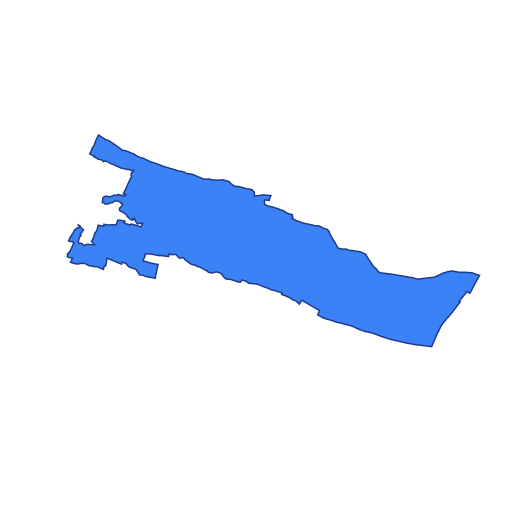 outline of Bogdanita, Vaslui, Romania, rotated 304°
{"feature_id": "2599482B30412636472664", "entity_name": "Bogdanita", "entity_type": "district", "adm_level": 2, "iso_a3": "ROU", "parent_name": "Romania", "parent_adm1": "Vaslui", "projection": "equal_earth", "projection_center": [27.663, 46.443], "detail": "fine", "context": "isolated", "style": "filled", "palette": "blue", "viewbox_px": 512, "rotation_deg": 304, "n_neighbors": 0, "source": "geoboundaries", "source_scale": "gbopen_adm2", "svg_char_len": 6089}
<svg xmlns="http://www.w3.org/2000/svg" viewBox="0 0 512 512"><g transform="rotate(304 256 256)"><path d="M344.8,454.2L356.2,452.9L365.0,452.1L364.7,451.5L362.8,444.3L359.4,438.4L356.1,433.6L353.3,426.9L352.2,425.9L350.2,423.7L348.2,422.2L347.4,421.3L338.4,415.9L327.3,403.1L326.1,399.8L325.7,398.1L323.3,393.2L323.1,392.3L322.0,390.3L317.3,379.7L311.8,368.9L311.6,367.9L311.4,366.8L311.6,365.7L312.8,362.1L312.8,360.3L313.2,358.9L316.2,351.2L318.9,345.6L318.4,344.2L318.3,342.4L317.9,340.5L316.2,336.7L315.7,335.9L314.5,332.9L312.7,330.0L312.5,329.4L312.6,328.9L312.3,327.2L310.1,323.8L309.2,321.6L308.4,320.2L309.5,317.3L311.1,314.5L313.1,309.9L314.2,307.9L315.4,305.3L317.4,302.5L317.8,300.0L316.7,296.7L316.6,294.2L316.2,291.7L315.7,290.4L314.7,289.2L313.1,285.5L313.2,285.2L312.3,283.8L311.8,281.5L311.2,280.6L309.6,276.4L307.9,269.4L307.6,266.5L307.0,265.0L308.9,264.8L309.2,263.9L309.9,263.7L310.5,262.8L309.2,258.9L308.6,255.5L309.1,254.7L309.0,254.1L307.8,249.7L307.4,247.0L306.6,245.1L306.2,243.1L305.2,240.7L304.1,237.3L303.5,234.7L305.6,232.5L307.5,232.0L309.5,235.9L310.2,235.5L312.6,234.8L314.5,234.6L314.0,233.5L313.0,232.2L310.8,227.8L308.2,225.2L305.0,221.3L305.4,220.7L307.9,219.0L308.1,218.6L308.2,217.1L308.8,215.8L307.5,212.4L306.4,210.8L305.9,208.6L303.7,202.3L302.9,201.2L301.8,198.8L302.0,196.3L301.9,195.2L302.5,192.9L302.7,191.8L302.6,191.5L301.6,189.0L300.8,186.2L296.8,180.9L294.6,177.0L294.1,175.1L293.6,174.0L293.0,173.4L290.5,169.5L288.1,157.5L286.6,154.2L285.7,152.9L285.5,151.7L285.5,149.8L285.0,148.5L284.8,147.4L283.2,144.6L282.6,142.2L278.7,129.7L277.1,122.8L274.9,114.7L274.3,110.3L273.7,106.8L273.0,105.4L272.7,104.1L272.4,102.4L272.3,97.3L271.6,95.1L271.1,92.1L270.3,89.0L268.9,85.9L269.2,83.4L269.4,71.5L269.3,69.4L268.5,66.5L268.3,63.4L268.3,58.7L268.2,57.8L263.2,58.4L257.4,59.9L253.7,59.9L252.6,60.3L247.6,61.1L248.4,66.6L247.7,66.5L248.2,69.4L247.9,70.4L248.1,71.4L249.0,73.2L249.2,74.2L249.3,75.2L248.9,76.2L249.3,77.1L250.3,77.8L251.0,79.3L251.4,83.8L251.6,85.0L252.3,86.9L252.4,89.8L252.8,90.8L253.0,92.7L253.6,95.6L254.3,96.8L255.7,100.8L256.8,102.6L257.2,105.1L258.5,106.6L258.4,107.0L256.5,106.8L255.6,106.5L254.9,106.4L253.6,106.9L253.2,107.2L252.9,108.0L251.8,108.6L250.9,108.5L243.6,109.6L237.7,110.7L235.2,110.9L233.3,111.3L234.1,113.8L232.7,114.1L231.4,111.8L230.8,110.2L230.3,107.9L230.0,107.3L229.2,107.2L229.0,106.8L228.5,106.9L227.1,104.3L224.7,102.9L223.0,101.2L222.5,100.4L222.1,98.8L221.3,97.6L220.4,97.2L219.4,96.6L219.0,96.5L214.3,98.7L215.1,100.1L214.7,101.4L214.8,102.0L216.5,104.4L218.1,105.2L219.0,106.0L219.3,106.5L219.7,107.0L222.0,108.0L223.0,108.7L223.8,109.8L224.7,112.5L224.6,113.4L224.2,114.3L224.4,116.6L221.7,116.7L220.5,116.2L218.6,116.5L218.3,116.6L217.7,117.2L217.4,118.0L217.4,119.0L217.8,120.4L217.9,124.6L217.3,126.4L216.8,127.0L216.6,129.0L216.1,130.1L216.3,131.1L216.1,131.8L216.7,133.8L217.5,133.6L218.0,133.2L218.3,134.5L219.1,134.4L218.1,136.0L217.3,136.5L217.1,137.7L216.2,139.6L218.9,142.3L218.8,142.9L219.7,143.9L215.6,144.3L215.1,142.0L213.3,136.1L212.5,134.4L211.5,134.5L209.4,128.5L211.6,128.0L210.9,126.1L209.5,123.0L208.5,121.4L203.5,122.6L201.1,118.6L199.8,117.3L199.1,116.1L198.2,114.4L197.3,112.2L195.5,113.0L193.3,107.9L190.9,108.9L188.1,109.8L186.0,109.9L185.8,109.5L185.3,109.5L184.3,109.7L183.7,110.2L181.8,110.4L179.6,111.2L176.1,111.4L175.1,115.7L173.5,113.4L171.9,110.4L170.9,109.0L170.5,108.6L169.5,108.5L168.5,107.3L168.3,106.4L168.5,105.8L169.0,105.7L169.0,104.9L168.9,104.3L167.6,101.9L167.7,101.5L168.0,101.1L169.8,100.2L172.6,99.2L175.2,99.5L175.4,98.5L175.8,98.0L176.4,97.9L177.8,98.4L181.2,98.4L181.4,96.1L182.5,93.3L182.4,91.2L182.1,91.3L181.9,91.7L182.0,92.9L181.5,93.2L179.9,93.3L179.5,92.9L179.3,91.9L178.2,92.0L176.5,91.1L174.8,91.2L171.2,91.7L169.9,91.3L168.7,91.7L167.9,91.5L166.6,91.5L164.6,92.1L163.8,92.0L163.7,93.1L165.0,95.3L165.2,97.6L164.6,97.9L163.1,97.9L158.3,98.9L154.8,99.1L154.0,98.8L152.8,98.9L152.6,98.6L152.1,98.6L150.9,99.6L149.9,100.0L149.8,100.7L151.5,105.2L147.0,105.7L148.2,109.7L149.6,112.7L152.0,114.9L152.3,115.3L152.4,116.0L153.0,116.2L153.5,117.5L154.1,118.0L154.3,118.6L154.2,120.1L154.5,122.5L155.3,124.5L155.9,125.5L157.1,128.6L158.8,131.5L158.6,132.1L159.5,137.0L162.8,135.8L163.5,136.8L164.9,136.5L170.9,133.7L174.0,149.0L176.2,148.6L176.9,151.9L177.0,152.8L176.2,155.4L176.0,157.3L176.8,160.3L176.9,161.3L177.5,161.7L177.8,162.7L177.6,164.4L177.0,165.9L175.9,168.6L175.1,169.8L176.8,173.0L177.2,175.6L178.9,179.9L180.6,183.1L181.2,185.0L182.7,184.2L194.3,179.5L193.4,177.9L192.4,175.3L190.9,171.7L188.9,165.0L193.3,164.0L193.9,164.1L194.5,163.8L194.8,163.3L195.9,162.9L198.8,167.7L200.1,170.5L201.3,173.7L202.4,175.8L202.6,175.7L204.0,178.6L204.6,179.4L205.1,181.0L206.8,183.8L209.2,182.8L209.3,183.8L210.2,185.7L212.4,188.6L212.3,189.8L211.8,191.2L211.4,193.6L212.6,195.3L214.0,196.5L214.0,197.3L213.2,199.5L213.2,201.4L212.9,203.3L213.1,204.7L212.8,205.2L212.8,205.8L213.3,208.0L214.3,210.2L214.4,212.9L214.7,213.6L215.0,213.9L215.5,216.2L216.2,223.9L215.9,225.1L216.0,226.2L217.9,229.8L219.0,230.3L220.7,232.2L221.5,234.1L221.8,236.1L221.7,236.8L221.7,238.1L220.8,240.1L220.2,242.6L220.2,244.1L220.6,245.0L221.9,247.1L222.6,248.7L223.0,250.5L223.4,251.2L224.0,252.8L224.0,254.6L225.6,257.8L228.3,257.7L228.5,258.1L229.6,262.5L229.6,263.2L229.2,264.4L229.2,264.8L230.8,268.0L231.0,268.1L233.0,272.1L233.7,274.2L234.1,275.8L234.4,278.0L236.1,284.5L236.3,287.0L238.0,291.2L238.2,292.0L238.3,293.2L239.2,295.5L239.9,298.4L238.5,298.7L238.9,301.0L239.7,303.3L239.9,306.1L240.3,307.0L240.4,307.9L240.1,309.3L240.2,310.4L241.0,313.8L240.9,315.5L240.3,318.8L244.9,318.7L246.3,339.2L241.7,340.1L242.0,342.6L242.3,346.7L244.8,354.5L246.3,360.1L247.8,363.7L249.7,369.5L251.2,373.4L251.8,375.9L252.8,382.6L254.3,388.3L256.9,394.6L259.2,403.8L259.5,405.4L262.5,415.3L266.7,425.9L267.9,429.4L270.3,434.5L271.0,436.5L279.1,452.3L294.6,449.4L295.9,449.4L300.3,448.7L304.5,448.5L308.1,449.0L312.6,449.2L312.7,449.5L313.9,449.7L319.6,450.2L332.2,450.9L332.1,449.8L344.3,450.8L344.8,454.2Z" fill="#3b82f6" stroke="#1e3a8a" stroke-width="1.5"/></g></svg>